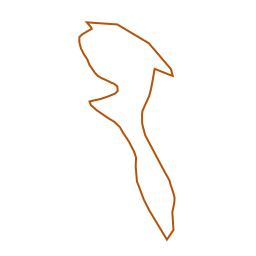 Cap Estate/Anse Du Cap, Gros Islet, Saint Lucia, rotated 16°
{"feature_id": "8701671B2095740790766", "entity_name": "Cap Estate/Anse Du Cap", "entity_type": "district", "adm_level": 2, "iso_a3": "LCA", "parent_name": "Saint Lucia", "parent_adm1": "Gros Islet", "projection": "albers", "projection_center": [-60.945, 14.102], "detail": "fine", "context": "isolated", "style": "outline", "palette": "amber", "viewbox_px": 256, "rotation_deg": 16, "n_neighbors": 0, "source": "geoboundaries", "source_scale": "gbopen_adm2", "svg_char_len": 1108}
<svg xmlns="http://www.w3.org/2000/svg" viewBox="0 0 256 256"><g transform="rotate(16 128 128)"><path d="M196.2,224.6L199.8,213.4L193.8,196.7L193.5,191.8L193.0,186.5L191.9,182.0L190.0,178.7L187.4,174.9L184.9,171.3L182.6,167.4L180.1,164.7L175.9,160.7L152.1,136.0L150.9,134.8L146.5,130.2L142.8,124.1L140.7,120.4L139.8,118.0L138.8,114.5L137.9,111.4L137.2,108.0L138.0,101.7L139.5,91.7L139.5,87.9L139.4,84.2L138.3,73.0L137.3,63.8L153.1,65.4L156.6,65.5L153.1,59.6L124.7,40.8L89.2,31.4L59.3,37.8L64.7,41.4L65.8,42.8L65.0,43.5L64.1,44.5L62.2,46.3L58.4,50.4L58.0,50.9L56.2,54.0L57.6,59.0L59.5,62.2L60.7,64.3L65.6,69.6L66.8,70.6L70.2,73.5L73.3,77.7L81.0,84.1L84.8,86.3L88.7,87.3L94.3,88.1L96.7,88.5L99.9,89.2L101.3,89.2L102.0,89.2L106.2,90.9L107.9,95.2L106.2,98.4L101.5,102.1L100.5,102.9L93.9,107.5L83.7,113.1L86.1,116.3L89.0,117.6L92.8,119.5L105.7,123.8L112.0,125.5L113.4,125.9L119.9,129.4L124.8,134.1L132.8,141.0L140.6,149.3L143.9,154.2L146.0,162.9L149.1,171.0L151.3,176.9L155.0,181.7L162.8,192.3L171.7,201.9L174.7,204.6L176.4,206.2L183.6,212.9L196.2,224.6Z" fill="none" stroke="#b45309" stroke-width="2"/></g></svg>